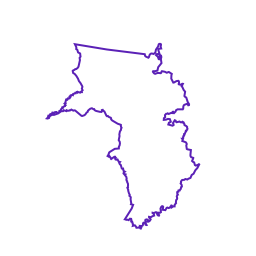 Tan Phu, Đồng Nai, Vietnam, rotated 21°
{"feature_id": "81297802B74333052983118", "entity_name": "Tan Phu", "entity_type": "district", "adm_level": 2, "iso_a3": "VNM", "parent_name": "Vietnam", "parent_adm1": "Đồng Nai", "projection": "orthographic", "projection_center": [107.376, 11.379], "detail": "fine", "context": "isolated", "style": "outline", "palette": "violet", "viewbox_px": 256, "rotation_deg": 21, "n_neighbors": 0, "source": "geoboundaries", "source_scale": "gbopen_adm2", "svg_char_len": 5902}
<svg xmlns="http://www.w3.org/2000/svg" viewBox="0 0 256 256"><g transform="rotate(21 128 128)"><path d="M48.4,68.8L50.8,71.1L51.4,72.9L52.6,73.1L54.3,75.3L56.6,75.6L58.1,78.4L57.7,79.9L58.8,81.8L59.8,88.5L59.4,90.1L58.5,91.5L57.6,92.0L57.2,92.9L56.2,93.8L55.9,94.5L56.1,94.8L57.1,96.3L58.8,96.6L61.0,97.8L63.7,99.9L65.3,101.7L67.7,103.2L70.2,105.3L70.7,105.9L70.8,107.8L72.1,109.0L71.5,110.3L72.0,111.0L71.0,111.3L70.9,111.9L70.3,111.9L69.9,112.3L68.0,112.3L68.0,113.1L67.1,113.0L66.8,114.2L66.1,114.1L65.8,115.0L64.6,115.8L64.8,117.1L64.1,117.1L62.8,118.0L63.0,118.8L62.2,119.3L62.1,119.8L62.3,120.2L63.1,120.0L62.8,121.3L61.2,121.9L61.1,122.3L61.4,123.0L61.1,123.6L60.8,123.7L60.3,123.3L60.0,123.5L60.4,126.8L60.1,127.7L60.8,127.6L60.6,128.3L61.0,128.9L61.5,129.1L61.1,129.7L61.3,130.2L60.3,131.0L60.1,131.7L59.7,131.9L59.9,132.8L59.3,132.8L59.5,133.3L58.8,134.3L58.8,135.6L58.0,136.6L58.5,136.9L57.3,139.0L56.3,139.1L55.5,138.7L55.0,138.9L53.9,139.6L53.6,141.0L53.2,141.1L53.0,140.5L52.7,140.8L52.9,141.6L52.5,142.3L51.8,141.5L51.7,142.4L50.5,142.8L50.1,144.6L49.2,145.0L49.4,146.9L48.9,148.1L49.5,148.0L50.7,147.0L50.6,145.3L52.1,143.1L54.3,142.2L57.6,139.4L59.6,136.3L61.4,135.5L61.7,134.5L64.4,134.3L64.4,133.4L65.6,133.5L66.8,132.9L67.1,132.4L67.6,132.4L68.5,131.1L70.7,131.4L71.4,130.8L72.4,130.6L80.2,133.3L80.9,133.2L82.5,131.9L83.3,130.7L83.8,128.5L84.6,127.3L84.4,126.3L84.9,125.2L85.9,123.5L87.2,122.5L88.8,122.8L89.7,122.5L90.4,123.3L92.1,123.5L95.9,123.0L97.5,122.5L97.7,121.6L97.2,120.6L97.9,120.1L98.8,120.8L100.0,121.0L103.4,124.2L104.3,124.5L104.9,124.0L106.4,124.6L108.2,124.6L108.7,124.9L109.2,126.0L110.4,126.6L116.8,127.7L120.2,127.6L120.9,129.2L121.8,130.0L121.6,130.2L122.1,132.4L121.7,134.1L122.2,137.1L123.0,138.6L123.7,142.7L125.2,143.8L126.0,145.3L126.4,147.3L126.2,148.7L126.8,150.4L123.1,152.2L119.5,157.0L119.2,157.6L119.3,159.9L119.0,161.5L120.5,161.7L120.8,160.9L122.5,162.0L123.0,162.8L123.4,163.0L125.6,159.7L126.2,159.5L126.3,159.9L127.2,160.2L126.9,160.7L127.0,161.3L127.7,161.9L128.5,161.8L129.5,161.1L131.3,162.7L132.7,162.6L132.3,163.7L133.4,164.8L134.5,165.1L136.7,168.0L137.5,168.1L138.0,167.7L139.2,169.6L140.7,169.9L140.1,170.7L140.0,171.9L140.5,172.3L142.2,172.2L141.9,173.0L144.0,174.3L145.0,176.0L144.9,176.5L145.5,177.6L146.3,178.0L146.6,178.8L147.9,180.0L148.6,181.5L148.8,182.6L149.3,183.3L149.3,183.7L148.9,184.1L150.5,185.8L150.6,186.4L152.3,188.6L153.6,189.8L153.6,190.8L155.1,191.4L155.6,192.1L155.8,193.3L158.1,197.3L158.1,198.1L160.3,197.9L160.3,201.8L157.8,214.3L158.6,214.1L159.2,214.4L160.3,213.8L161.6,213.8L162.3,212.0L163.5,211.7L164.3,212.9L164.2,213.6L165.0,213.8L164.9,214.3L166.0,214.5L166.6,215.8L167.1,215.9L167.5,216.3L167.6,217.6L169.3,216.4L170.8,217.2L171.6,218.1L173.4,217.3L174.0,216.4L175.4,217.3L176.0,217.3L176.1,216.1L174.6,215.0L175.9,214.6L176.5,214.1L176.7,213.2L176.2,211.6L176.4,210.9L177.0,210.5L177.7,210.5L178.9,211.9L179.8,212.1L180.1,211.9L178.8,210.9L178.3,209.4L177.2,208.0L177.2,207.4L178.0,206.7L179.2,206.5L179.8,206.9L179.8,208.3L180.2,208.4L180.9,207.9L181.7,206.6L181.9,205.2L179.7,203.9L179.5,203.4L181.4,203.0L182.4,201.6L183.8,200.4L182.9,199.0L181.4,198.6L181.3,198.3L182.7,198.1L184.0,196.7L184.8,196.5L186.6,198.5L187.7,198.9L188.4,198.6L188.3,198.2L186.1,196.6L186.4,196.3L188.3,195.6L188.9,194.8L187.2,191.6L187.3,189.8L187.7,188.9L188.4,188.6L189.1,189.0L189.7,191.9L192.3,191.3L192.7,188.7L193.2,188.2L194.5,188.2L195.0,187.9L195.6,187.1L196.2,184.8L196.7,184.8L197.3,186.4L198.4,184.9L199.6,184.5L199.1,182.9L199.8,180.9L199.3,180.2L198.8,178.0L199.2,177.0L199.1,175.9L198.0,174.3L198.1,173.2L197.9,172.4L198.3,172.2L197.2,171.1L196.9,170.1L197.5,169.1L197.7,169.6L197.9,169.4L197.6,168.1L198.7,167.7L198.7,166.9L199.1,166.0L198.8,164.0L199.3,163.4L198.5,161.9L197.0,160.9L197.1,160.0L196.6,158.9L197.2,157.1L199.0,156.3L199.8,155.1L201.9,154.8L202.4,153.9L204.2,152.2L204.3,149.0L205.6,147.2L206.0,143.3L207.1,140.5L207.6,135.7L206.9,136.9L204.8,138.8L203.7,138.6L202.1,136.4L201.1,136.4L199.6,135.8L199.8,133.3L199.6,132.5L197.5,132.6L196.6,132.0L196.0,131.0L194.6,126.0L191.1,126.6L190.4,126.5L188.7,123.5L188.6,121.9L187.8,121.1L187.3,120.7L186.0,120.6L183.4,120.7L183.3,119.3L182.5,118.7L183.2,118.5L183.2,117.7L182.6,116.8L183.0,116.0L182.6,115.4L182.9,114.4L182.5,113.6L182.7,113.4L183.1,113.6L183.1,110.9L183.5,110.4L183.0,109.7L183.9,108.4L183.7,107.2L183.1,106.7L182.8,105.8L181.8,105.3L179.8,105.1L179.3,104.1L178.0,103.6L178.0,102.9L176.6,102.6L175.8,103.6L175.1,103.8L173.8,103.5L171.3,105.2L170.4,104.9L169.9,104.1L168.9,104.0L168.2,107.3L169.2,108.2L169.5,109.0L168.7,109.9L164.4,110.3L164.3,108.4L165.6,107.2L165.7,106.8L163.9,104.7L162.0,105.2L160.5,106.6L158.5,107.6L158.0,106.0L158.8,104.5L157.9,102.7L158.5,101.1L159.4,100.7L159.8,100.1L161.0,100.3L162.7,98.6L164.3,98.1L163.9,96.9L164.4,96.6L165.7,97.4L166.5,95.6L166.5,94.2L167.6,92.8L172.4,91.0L172.6,90.2L171.9,87.9L172.0,86.7L172.4,86.1L174.2,84.5L175.2,84.5L176.1,85.2L176.7,84.8L176.5,83.9L174.4,82.3L171.5,78.7L170.0,78.4L169.2,77.9L168.3,73.6L166.3,72.5L164.1,70.3L163.2,69.9L163.4,67.1L162.9,67.2L161.5,68.8L159.8,69.0L159.5,68.8L159.5,67.8L159.2,66.8L158.5,66.0L158.1,65.9L156.4,66.9L154.5,69.2L154.0,69.4L150.7,66.4L149.6,63.1L149.5,61.8L146.2,61.1L145.8,61.2L144.4,62.5L142.2,62.3L139.3,62.8L139.1,63.3L139.2,64.6L138.9,65.1L136.0,65.9L133.9,67.7L132.7,67.6L131.1,66.6L131.1,66.0L133.0,65.2L134.9,63.8L134.4,60.4L136.0,55.4L134.0,51.9L133.7,49.8L132.9,48.6L131.6,48.3L131.4,48.7L131.6,49.5L133.4,51.7L133.2,52.3L132.5,52.7L132.0,52.7L130.2,50.7L128.0,49.9L128.2,48.8L130.3,47.8L130.7,47.3L128.4,44.4L128.3,43.6L128.6,42.9L130.5,41.9L129.3,40.3L129.0,38.5L128.7,38.0L127.9,37.9L127.0,38.3L126.7,38.9L126.9,41.1L126.0,44.8L126.5,47.7L125.4,49.7L123.5,49.9L122.5,50.6L122.0,51.9L122.1,54.5L121.8,55.1L118.9,54.9L118.1,54.5L117.2,53.1L80.0,62.3L48.4,68.8Z" fill="none" stroke="#5b21b6" stroke-width="2"/></g></svg>